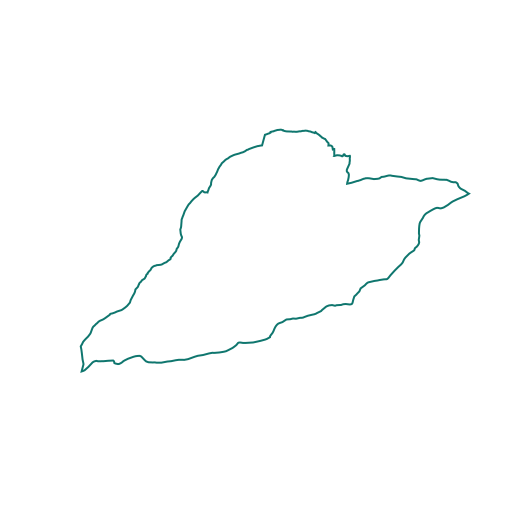 Turmequé, Boyacá, Colombia, rotated 54°
{"feature_id": "7082276B20080835702605", "entity_name": "Turmequé", "entity_type": "district", "adm_level": 2, "iso_a3": "COL", "parent_name": "Colombia", "parent_adm1": "Boyacá", "projection": "equal_earth", "projection_center": [-73.519, 5.301], "detail": "fine", "context": "isolated", "style": "outline", "palette": "teal", "viewbox_px": 512, "rotation_deg": 54, "n_neighbors": 0, "source": "geoboundaries", "source_scale": "gbopen_adm2", "svg_char_len": 6086}
<svg xmlns="http://www.w3.org/2000/svg" viewBox="0 0 512 512"><g transform="rotate(54 256 256)"><path d="M330.7,47.1L329.7,47.6L326.0,48.7L322.3,50.6L321.2,51.0L319.4,51.2L318.1,51.1L316.0,50.4L315.6,50.4L314.0,50.9L313.3,51.5L312.6,52.7L310.7,54.5L308.3,55.8L306.4,57.0L302.3,62.4L300.3,64.4L296.8,67.3L294.4,71.6L293.9,72.4L293.3,74.2L292.7,76.8L292.1,78.5L291.7,79.0L290.3,80.0L288.3,81.1L286.6,83.1L281.4,88.9L277.4,92.0L274.7,95.0L271.0,98.9L270.0,99.7L269.0,101.1L268.4,102.4L267.3,105.3L266.6,106.7L265.9,107.8L265.8,108.9L265.8,110.5L265.1,112.1L263.1,115.4L259.7,118.7L258.7,119.9L257.5,121.7L257.3,122.5L256.8,123.5L256.2,125.9L256.1,126.6L255.5,128.3L255.3,129.1L254.8,130.0L252.9,135.7L251.1,139.8L250.0,138.7L249.4,137.9L248.9,137.1L246.9,134.9L245.6,133.7L244.5,132.9L243.2,132.5L242.6,132.6L242.1,132.8L241.0,132.8L239.9,132.1L239.4,131.5L236.3,126.1L235.4,125.4L234.1,124.1L231.9,122.6L231.6,122.2L230.3,121.2L230.1,121.2L229.5,122.5L228.8,123.7L228.1,124.2L227.6,124.8L226.9,124.9L226.2,124.6L225.9,124.6L225.6,124.8L225.4,125.1L225.4,125.6L226.0,126.5L226.1,127.0L226.1,127.5L225.9,127.8L225.3,128.0L224.9,128.3L223.7,129.3L222.1,131.2L221.3,133.3L221.1,133.9L221.0,134.0L220.8,133.6L220.6,133.4L219.4,132.7L217.0,130.9L215.4,129.8L215.2,130.0L214.9,131.2L212.7,130.1L212.3,130.0L211.3,130.2L210.4,130.7L209.2,132.5L208.3,131.7L207.9,131.3L207.1,131.0L205.6,131.3L202.0,131.3L201.3,131.8L198.7,133.1L198.1,133.0L196.6,133.5L196.1,133.5L194.1,134.1L193.7,134.3L192.0,134.9L190.7,135.0L190.7,135.5L191.0,135.8L191.1,136.2L190.4,136.6L188.8,137.9L187.3,138.8L186.0,140.1L185.0,140.8L183.7,142.2L182.8,143.9L182.3,144.5L182.1,144.9L181.4,146.6L180.7,147.5L179.8,149.4L179.1,150.6L177.8,152.1L176.8,153.6L176.3,154.0L173.9,157.1L173.0,158.2L171.6,159.5L170.3,160.4L170.1,160.2L168.4,161.6L167.2,163.7L166.6,164.7L165.5,167.9L165.5,168.4L164.7,170.0L164.2,171.3L164.7,171.6L164.6,173.0L164.2,174.1L163.8,175.7L163.2,177.5L170.1,186.1L169.3,187.5L168.4,189.5L168.0,190.2L166.7,194.1L165.4,198.7L165.2,200.2L164.8,201.0L164.8,203.3L164.4,205.6L163.7,207.4L163.1,209.6L162.6,210.9L161.6,213.5L161.2,214.9L160.5,218.6L160.5,220.0L160.6,221.1L160.3,223.1L160.3,224.5L160.6,226.3L160.9,229.3L161.5,230.4L161.9,231.6L162.3,233.0L162.8,234.0L163.5,235.6L165.1,238.1L165.7,239.3L166.5,240.7L167.5,243.2L167.6,243.8L167.6,244.5L168.3,246.7L169.0,247.7L170.5,249.4L171.7,250.3L172.3,251.2L173.5,254.2L174.7,255.8L175.6,257.3L176.1,257.9L175.7,258.2L174.5,260.0L174.0,260.4L172.1,260.9L171.8,261.3L172.1,263.5L172.9,267.6L173.0,271.2L173.2,273.2L173.8,276.2L174.4,278.2L174.7,280.1L175.6,282.3L177.9,287.4L180.2,290.7L181.1,292.2L182.0,293.5L182.7,294.6L183.2,295.1L184.0,295.7L188.0,299.1L188.9,300.0L190.1,301.7L193.6,303.7L195.1,304.3L197.3,304.8L198.0,305.5L198.5,306.2L199.7,309.1L200.8,311.0L202.7,313.3L203.1,314.1L203.6,315.9L204.9,317.5L205.3,318.5L205.6,319.8L205.9,321.3L206.4,322.5L206.8,323.5L206.8,324.3L206.9,325.0L207.3,326.2L208.0,326.6L208.3,327.2L208.1,329.2L208.2,330.5L208.3,331.4L208.3,332.4L208.1,333.0L207.8,334.2L207.6,336.0L207.5,337.1L207.1,338.2L206.1,340.0L205.1,341.6L204.8,342.9L204.3,344.0L204.1,345.3L204.2,347.3L205.3,349.6L205.6,351.8L206.1,353.6L206.6,354.0L206.6,354.9L206.7,355.6L207.1,356.3L207.7,356.9L208.2,358.2L208.6,358.9L208.8,359.6L208.7,360.7L208.6,362.5L209.2,364.2L209.3,365.6L209.6,366.7L210.2,367.3L210.5,368.2L211.2,369.1L211.6,369.9L212.2,373.2L213.7,374.8L214.8,376.6L215.7,378.7L218.0,383.3L219.6,385.4L220.6,389.5L220.8,391.9L220.8,395.0L220.7,396.6L219.2,401.1L218.8,403.3L218.4,404.7L218.0,406.0L217.3,407.5L217.2,408.0L217.4,408.5L217.6,408.8L217.6,409.7L217.6,414.3L217.5,416.5L217.3,417.7L216.7,420.3L216.6,421.9L217.0,424.3L217.0,425.3L217.4,427.5L217.5,429.0L217.9,430.2L218.7,431.5L221.0,434.9L221.5,435.9L222.5,439.3L223.0,442.6L223.5,445.0L223.9,446.4L225.1,448.6L226.1,450.9L229.3,452.4L232.4,454.1L237.7,457.1L241.5,458.8L242.3,459.3L245.8,463.6L246.9,464.9L247.5,463.0L247.7,461.7L247.2,456.8L246.0,450.7L246.2,448.8L247.0,446.8L248.4,445.6L251.6,441.0L253.8,437.3L256.6,433.0L257.8,432.8L259.4,433.5L260.4,432.9L262.2,431.3L262.8,430.4L263.2,428.5L263.3,426.4L263.1,425.3L263.3,423.4L263.9,419.9L265.5,414.4L266.3,412.3L267.4,410.3L268.5,408.7L269.9,407.9L275.1,407.2L276.8,406.8L278.8,405.4L281.3,402.3L282.6,400.4L283.8,399.2L286.7,395.2L289.3,389.7L291.2,386.5L293.2,382.1L294.7,379.3L297.9,375.0L299.5,371.6L301.5,364.7L302.5,361.8L305.0,357.0L307.2,351.3L308.6,348.3L310.0,346.5L312.6,342.2L314.5,338.4L315.4,336.3L315.9,333.6L316.6,329.0L316.6,326.6L316.5,324.3L315.8,321.6L316.0,320.7L316.9,319.4L318.6,317.7L320.1,315.7L324.3,309.1L325.7,305.9L327.3,302.2L329.0,297.7L329.5,295.9L329.9,292.4L329.2,291.8L328.6,290.2L328.0,288.0L327.2,286.3L325.6,283.7L324.7,281.9L324.2,280.5L323.9,279.2L323.8,277.8L324.1,276.4L325.0,273.5L325.2,269.1L325.4,268.4L327.3,265.4L328.1,263.3L328.5,262.6L330.1,260.7L330.4,260.2L331.8,256.9L333.0,255.1L333.5,254.1L333.9,252.4L334.8,249.2L336.3,245.6L337.4,243.1L337.9,241.4L338.0,240.2L338.6,236.9L338.8,235.6L338.5,234.3L338.3,230.8L338.2,229.8L338.2,229.1L338.3,228.2L338.9,226.0L340.4,223.3L342.7,221.3L343.2,219.7L345.7,215.8L346.0,214.6L346.5,213.4L347.6,211.6L350.2,208.8L350.7,208.0L351.0,207.3L351.1,206.5L350.6,205.4L348.7,203.2L346.5,200.2L346.2,197.4L345.9,196.3L345.4,193.2L343.7,190.4L343.7,189.5L343.7,185.2L343.3,183.2L343.2,181.9L343.3,180.7L345.8,174.8L347.3,172.0L348.1,170.1L350.2,166.0L351.4,164.3L351.7,163.5L351.7,162.8L351.5,161.6L350.6,158.5L349.3,152.3L348.5,147.3L348.1,143.5L347.5,141.2L345.8,138.2L345.1,136.1L344.2,130.6L344.2,128.4L344.4,125.4L344.3,124.5L343.9,123.9L343.4,123.3L343.1,122.6L343.0,122.2L343.0,120.7L342.5,118.7L341.8,117.1L340.8,115.9L338.7,114.9L335.6,111.9L333.5,110.9L329.7,108.0L327.6,106.2L325.9,104.5L325.0,103.1L323.2,98.4L322.5,97.2L321.9,95.4L321.7,94.2L321.6,92.9L321.8,91.0L322.0,88.4L322.4,85.1L322.8,82.9L323.3,81.5L324.0,80.5L325.2,79.5L326.1,78.5L326.7,76.9L327.1,75.5L327.5,70.7L327.4,67.1L327.5,64.9L327.8,63.2L328.4,59.8L330.2,52.2L330.6,49.2L330.7,47.1Z" fill="none" stroke="#0f766e" stroke-width="2"/></g></svg>